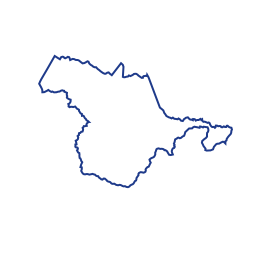 the district of Itaberaí, Goiás, Brazil, rotated 290°
{"feature_id": "56859067B7419622155547", "entity_name": "Itaberaí", "entity_type": "district", "adm_level": 2, "iso_a3": "BRA", "parent_name": "Brazil", "parent_adm1": "Goiás", "projection": "mercator", "projection_center": [-49.83, -16.116], "detail": "fine", "context": "isolated", "style": "outline", "palette": "blue", "viewbox_px": 256, "rotation_deg": 290, "n_neighbors": 0, "source": "geoboundaries", "source_scale": "gbopen_adm2", "svg_char_len": 4932}
<svg xmlns="http://www.w3.org/2000/svg" viewBox="0 0 256 256"><g transform="rotate(290 128 128)"><path d="M118.7,173.5L117.7,174.8L116.9,175.8L117.2,177.4L118.4,179.2L120.2,177.6L121.3,177.0L123.1,176.9L124.4,177.3L125.1,178.2L126.3,178.4L127.0,177.4L128.0,177.6L128.9,176.5L130.5,176.6L133.4,176.2L134.8,177.5L135.7,177.9L136.2,178.6L136.1,180.2L136.9,181.2L138.7,182.2L139.9,183.4L141.9,183.4L143.7,183.2L148.5,185.6L149.0,187.0L149.6,188.4L150.7,188.8L151.9,189.9L152.4,193.1L152.7,195.2L154.1,195.2L154.3,196.8L154.2,198.3L155.1,198.7L155.5,200.9L155.9,202.5L154.9,203.5L153.5,204.3L151.9,204.5L150.4,204.0L148.5,204.6L146.9,205.2L145.2,204.6L143.5,203.4L141.2,202.2L139.4,202.5L138.1,204.0L136.9,205.1L135.1,207.9L133.7,208.2L133.7,209.7L135.2,213.2L137.0,215.2L139.7,215.2L142.9,216.4L143.7,217.2L144.5,219.0L146.3,220.5L147.5,221.7L147.7,222.7L147.3,223.7L146.8,224.8L148.8,224.1L150.0,224.8L151.5,224.5L153.6,225.0L155.5,225.7L157.3,226.5L158.8,226.6L160.8,226.1L162.1,226.2L163.6,225.1L163.4,223.9L163.5,222.5L164.2,220.8L163.8,220.0L162.6,220.0L162.1,218.9L162.3,217.5L161.0,216.5L160.7,215.4L161.4,214.4L161.2,213.4L160.5,212.1L160.7,210.8L160.3,209.7L158.8,210.0L157.9,209.6L158.4,208.3L157.7,206.8L158.1,205.6L158.8,204.6L159.5,203.8L160.4,203.2L160.8,202.0L160.1,201.2L160.2,198.5L160.1,197.6L159.6,196.7L160.4,195.2L161.5,194.7L160.6,194.1L161.4,193.1L160.7,192.4L159.7,191.7L159.1,190.1L158.1,189.1L159.1,187.7L158.7,186.1L157.5,186.3L157.6,184.7L157.2,183.7L157.4,182.7L158.5,180.6L157.8,179.5L157.3,178.8L156.2,178.2L155.5,177.6L154.4,177.4L153.3,177.1L153.0,175.4L153.9,173.8L154.2,172.2L153.2,171.7L152.9,170.0L152.5,168.3L153.1,166.6L151.9,165.7L152.1,164.2L152.0,162.8L152.4,160.0L153.6,158.5L154.6,156.9L156.6,155.2L157.4,153.1L158.1,151.0L167.9,142.6L181.8,130.7L182.7,129.9L184.5,127.8L183.3,128.0L183.1,126.8L182.5,125.8L182.0,124.9L181.1,124.6L180.3,124.8L179.8,123.7L180.9,119.6L181.4,118.8L181.7,117.2L181.4,116.2L180.8,115.1L179.9,114.6L178.8,113.7L177.6,112.5L177.7,110.9L176.4,110.4L175.6,108.9L174.9,108.1L174.3,106.9L174.3,105.7L184.0,102.8L185.6,101.5L186.5,99.3L172.1,94.7L172.8,92.4L173.6,90.8L172.9,89.6L171.4,88.5L171.0,87.4L171.1,85.9L171.6,83.9L172.1,82.3L172.5,81.4L173.1,79.3L174.2,77.2L173.7,76.1L173.7,74.5L174.3,73.0L174.6,71.3L175.4,69.5L176.8,68.2L176.8,67.1L175.2,65.8L174.1,64.8L173.2,63.2L173.9,60.9L174.6,59.0L174.7,57.6L174.1,55.6L174.3,53.9L174.0,52.4L173.1,51.4L172.1,50.4L173.6,49.3L174.4,48.5L174.3,47.1L173.4,46.5L172.0,45.1L172.1,44.2L172.7,43.2L172.7,42.3L171.8,41.0L169.3,40.5L170.6,34.5L156.1,32.0L146.2,30.2L144.0,29.8L141.4,29.5L139.2,29.4L137.9,30.9L136.4,32.6L134.9,34.1L133.7,34.8L132.3,35.3L132.9,36.8L133.7,37.7L134.5,38.4L135.3,39.2L136.5,40.1L136.0,41.7L135.7,43.6L136.4,44.4L136.2,46.2L137.0,48.3L138.2,49.9L138.9,51.3L140.1,52.2L140.9,53.3L140.9,54.2L141.1,55.3L140.3,55.8L140.3,56.7L140.2,58.6L139.1,58.9L138.2,59.1L137.2,60.0L136.0,60.0L135.3,60.7L134.9,63.0L135.0,64.4L133.9,64.8L132.9,65.0L132.1,64.9L130.9,64.5L130.1,63.7L129.2,64.5L127.9,64.8L127.6,66.0L128.3,66.9L128.8,68.3L128.9,69.3L129.4,70.0L130.1,71.0L129.5,72.1L128.7,73.4L128.6,74.5L128.4,75.6L127.3,76.1L126.8,76.9L126.0,77.7L125.5,78.6L125.5,79.8L123.7,80.6L124.2,81.5L124.0,82.5L123.0,83.5L122.4,84.3L122.1,85.3L121.1,86.3L120.9,87.8L120.3,89.2L119.9,88.2L119.0,88.3L118.3,87.8L117.2,87.7L115.9,88.5L115.4,87.5L114.9,86.8L114.6,85.8L113.7,85.8L112.6,85.3L111.6,86.2L110.3,86.5L109.1,86.5L108.4,85.3L107.1,84.9L106.5,83.8L105.5,83.9L104.7,84.3L103.2,83.4L102.0,84.5L100.3,84.7L99.1,84.1L98.2,83.2L97.3,83.8L96.2,84.6L95.1,85.2L94.5,84.2L93.3,84.7L92.4,84.9L92.0,85.9L92.3,87.2L91.7,87.9L90.3,88.1L89.6,87.7L88.7,88.6L87.9,89.7L87.8,90.8L86.4,91.5L85.3,91.8L84.1,92.4L83.3,92.8L83.1,93.7L82.2,94.5L81.0,95.4L80.2,96.7L79.0,96.6L77.7,96.5L75.0,96.7L75.2,98.0L74.3,98.4L73.1,98.7L71.7,98.7L70.9,99.6L69.8,101.1L69.5,102.4L69.8,103.6L70.4,104.5L70.9,105.9L71.0,107.7L71.6,108.6L72.8,110.5L72.7,111.5L72.9,112.9L72.3,114.1L72.2,115.2L72.5,116.5L71.6,117.5L71.3,118.4L71.0,119.6L70.6,120.5L70.8,121.7L72.1,122.3L72.5,123.5L72.1,124.5L71.7,125.7L71.0,126.7L70.9,128.0L71.1,129.0L71.0,130.0L70.5,130.8L70.2,131.6L70.3,132.8L71.0,134.2L70.5,136.4L70.8,138.3L71.7,139.5L71.9,140.5L71.8,141.7L71.6,142.8L71.7,144.0L72.3,145.0L72.1,146.7L72.4,148.2L73.5,149.3L74.9,149.8L76.1,150.9L76.8,151.7L77.8,152.2L78.8,152.4L79.6,152.5L80.5,152.7L81.4,153.5L82.4,153.5L83.8,153.1L85.5,153.5L87.2,154.0L88.3,153.5L89.5,153.7L90.2,154.3L90.9,155.1L91.2,156.7L91.3,157.8L92.0,158.7L92.8,159.3L94.0,159.3L95.1,158.7L95.9,158.8L96.9,159.2L98.0,159.7L98.6,160.6L99.6,160.8L101.4,160.9L103.2,161.2L104.4,159.9L105.7,159.0L107.0,159.7L107.9,160.5L109.1,161.8L110.0,162.4L111.2,162.6L112.3,162.7L113.2,162.4L114.1,162.0L115.6,162.1L117.7,162.0L118.5,162.5L119.3,163.7L119.4,165.5L120.0,166.8L120.2,167.8L120.2,168.8L119.6,169.8L120.0,170.8L119.4,172.9L118.7,173.5Z" fill="none" stroke="#1e3a8a" stroke-width="2"/></g></svg>